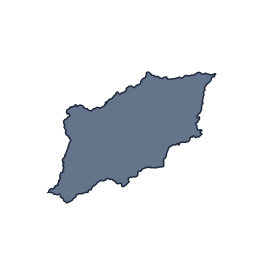 outline of Gómez Plata, Antioquia, Colombia, rotated 52°
{"feature_id": "7082276B25593969980338", "entity_name": "Gómez Plata", "entity_type": "district", "adm_level": 2, "iso_a3": "COL", "parent_name": "Colombia", "parent_adm1": "Antioquia", "projection": "equal_earth", "projection_center": [-75.193, 6.711], "detail": "fine", "context": "isolated", "style": "filled", "palette": "slate", "viewbox_px": 256, "rotation_deg": 52, "n_neighbors": 0, "source": "geoboundaries", "source_scale": "gbopen_adm2", "svg_char_len": 5845}
<svg xmlns="http://www.w3.org/2000/svg" viewBox="0 0 256 256"><g transform="rotate(52 128 128)"><path d="M178.5,76.1L178.3,73.8L178.1,73.4L176.3,73.9L175.9,73.8L175.4,73.2L175.4,72.6L175.6,71.6L175.2,71.2L174.5,71.5L174.0,72.0L173.2,73.6L172.8,73.9L172.3,74.1L171.6,74.0L169.7,73.2L168.3,72.2L166.7,72.3L166.1,71.7L165.9,71.3L165.9,70.8L166.2,69.9L166.2,69.3L165.2,67.9L165.3,66.7L165.0,66.2L163.2,64.9L162.9,65.1L163.3,65.8L163.3,66.1L163.1,66.4L161.9,67.1L161.1,66.6L160.8,66.0L160.4,62.2L159.2,59.3L157.3,57.4L156.1,56.7L155.2,55.4L155.0,54.2L154.7,53.7L154.2,53.6L153.7,53.8L153.3,53.0L152.0,52.3L151.1,50.9L149.8,49.8L148.7,47.8L146.4,46.6L146.1,46.2L145.9,45.2L145.4,44.0L144.4,43.6L143.1,42.2L142.2,39.2L141.8,34.4L141.3,33.0L140.0,31.7L140.0,29.6L140.5,29.1L140.6,28.4L140.0,27.4L139.5,25.8L139.3,25.7L138.7,26.2L138.4,27.2L137.9,28.1L137.5,29.6L134.0,32.5L133.2,32.6L132.6,33.1L132.3,34.5L131.6,36.1L130.3,37.0L129.3,36.8L128.1,37.7L127.4,38.4L127.2,39.3L126.8,43.8L125.5,45.1L125.4,46.2L124.3,48.1L122.2,49.9L122.0,50.5L121.9,52.8L122.1,53.5L122.0,54.6L121.5,55.3L120.6,55.6L120.2,56.1L119.6,56.2L118.9,58.4L118.5,59.0L118.2,60.0L117.8,60.8L117.7,61.6L116.5,62.5L116.3,63.0L116.3,64.0L114.9,65.3L114.5,66.4L112.3,66.6L111.6,66.2L111.2,66.7L111.1,67.2L110.3,68.2L110.1,68.7L110.2,69.8L109.7,71.1L108.9,71.4L108.2,72.2L107.0,72.2L105.8,72.7L105.2,73.4L104.9,74.3L104.5,74.9L102.5,75.2L101.0,76.9L99.2,76.7L98.5,76.8L96.7,77.5L96.1,78.1L95.7,79.0L95.8,79.6L97.2,80.4L98.1,82.1L98.7,82.7L98.8,83.7L98.3,86.0L98.3,86.8L99.2,89.3L100.5,90.7L100.9,91.5L99.6,94.8L99.9,97.6L99.9,98.4L99.5,98.9L97.5,99.1L97.0,99.5L95.8,101.3L95.7,104.8L95.9,105.2L96.6,105.4L96.9,105.7L97.2,106.3L97.3,107.0L97.2,109.4L96.3,111.9L96.7,113.3L96.5,113.7L95.8,114.1L93.3,114.0L93.0,114.3L93.0,114.6L93.2,116.2L94.1,117.4L94.0,119.3L94.8,121.9L94.7,123.1L93.9,125.0L93.9,125.9L94.6,127.0L94.0,128.8L94.0,130.0L94.1,130.3L94.3,130.4L94.8,129.2L95.1,129.2L95.3,129.6L95.4,130.7L95.2,131.7L95.8,132.4L95.9,132.8L95.7,135.5L95.0,137.3L94.8,138.0L93.7,138.6L92.5,140.1L92.4,141.0L92.6,141.4L92.5,141.9L91.7,143.3L91.7,144.7L91.9,145.9L91.8,146.7L89.6,148.1L87.5,148.3L85.8,150.3L85.3,150.3L84.7,149.9L83.6,149.9L82.1,150.4L80.8,151.2L80.2,152.2L79.7,153.4L79.9,154.4L79.8,154.7L79.2,154.8L78.7,155.4L78.4,155.4L78.1,154.7L77.3,155.3L77.3,155.7L77.7,156.3L77.6,157.7L76.7,158.8L76.7,159.9L76.0,160.4L76.0,161.5L76.2,161.8L76.6,161.7L76.7,162.3L76.4,163.5L76.5,164.4L76.3,165.3L77.6,166.7L78.1,166.8L78.9,167.3L79.5,166.5L79.8,166.8L80.2,166.0L80.6,165.8L81.2,165.9L81.6,166.3L82.3,166.2L82.6,166.4L82.8,166.8L82.5,168.2L82.5,168.9L83.0,171.8L82.9,172.1L82.5,172.5L82.8,174.1L83.2,174.9L84.4,175.3L85.4,176.0L85.7,176.1L86.2,175.9L87.0,176.3L87.6,177.1L87.9,177.9L89.6,178.0L90.7,178.4L91.9,178.5L92.5,179.1L92.8,179.9L93.4,179.9L93.7,180.3L94.7,180.8L96.6,180.6L97.7,179.9L99.2,180.4L100.1,180.1L101.2,180.6L102.4,180.6L102.6,180.8L103.9,183.8L104.9,184.9L105.4,186.0L106.6,187.4L108.1,189.9L108.6,191.0L109.9,192.4L110.2,193.1L110.3,194.2L110.5,194.4L110.8,194.2L111.0,194.6L111.6,194.6L111.5,195.6L112.0,196.0L112.0,196.7L112.3,197.3L112.1,198.4L112.3,198.7L113.4,199.9L114.0,199.9L114.4,199.8L114.9,200.3L115.2,199.8L115.6,200.1L116.0,200.9L116.7,201.2L117.4,202.5L117.7,202.5L118.0,202.2L119.1,203.0L119.9,203.0L120.1,203.4L120.3,204.3L120.5,204.6L121.8,205.5L122.6,205.7L122.3,206.2L122.6,207.2L122.0,208.0L122.1,208.6L122.6,208.9L122.5,209.6L123.8,211.2L124.8,211.8L125.2,211.6L125.9,212.1L125.8,212.7L126.7,213.7L126.8,214.7L126.9,215.2L127.1,215.3L127.4,215.1L127.6,215.9L128.0,216.2L128.3,216.8L128.6,217.0L128.8,217.7L129.6,218.1L129.7,219.2L129.6,219.5L129.1,219.6L128.9,221.7L129.0,222.1L129.4,222.4L129.9,222.4L129.8,223.7L130.1,224.2L129.3,225.4L128.8,225.5L128.4,225.9L128.5,227.9L128.8,229.1L129.7,229.9L129.7,230.3L130.1,229.7L131.0,229.0L131.6,228.0L132.5,227.4L134.2,227.3L134.6,227.1L135.2,226.1L136.9,225.2L137.4,224.3L137.7,223.2L138.1,222.6L138.4,222.4L139.8,222.8L140.4,223.7L140.7,223.8L142.1,223.2L142.7,223.1L143.0,222.7L143.3,222.6L144.3,222.6L145.2,223.3L146.1,223.4L147.4,222.7L148.8,222.7L149.5,222.1L149.8,220.3L150.3,218.8L150.6,216.6L150.1,214.9L150.1,212.3L150.0,211.4L149.7,210.9L149.0,210.5L148.9,209.5L149.6,207.9L149.9,206.4L151.6,204.9L151.8,203.1L152.9,200.7L153.6,200.0L153.9,199.0L153.8,198.5L153.1,198.0L152.9,196.8L153.0,196.2L153.9,195.5L154.0,195.0L153.8,194.6L152.9,193.5L152.7,193.1L152.5,190.6L152.7,189.4L152.6,187.8L152.2,185.3L152.4,181.6L153.6,181.0L154.8,179.4L155.2,177.9L154.9,176.1L155.1,175.1L155.9,174.8L157.4,173.8L157.8,173.3L158.5,172.1L160.5,172.0L161.2,171.3L161.9,170.9L163.9,171.2L165.4,170.5L165.8,170.2L166.6,168.3L167.4,167.6L168.4,167.7L169.3,168.4L170.1,168.6L171.0,168.3L171.3,167.7L171.5,166.9L171.6,164.2L171.3,163.0L171.2,160.7L171.1,160.3L170.2,160.1L168.4,159.3L167.9,158.3L168.2,156.5L169.1,155.3L169.9,153.2L170.6,152.9L171.1,152.3L171.4,150.5L171.4,149.9L171.2,149.4L170.5,148.9L170.1,148.2L169.0,147.6L168.6,146.7L168.7,145.8L169.7,145.0L169.9,144.3L169.6,143.1L169.0,142.2L169.0,141.9L169.7,140.7L170.0,138.6L170.7,137.7L171.1,136.7L171.7,136.0L172.0,134.7L172.6,135.0L173.0,134.9L173.9,133.6L174.7,132.8L175.4,131.8L176.6,130.5L178.4,126.7L179.8,124.8L180.0,123.8L179.7,122.9L178.9,122.7L177.9,121.5L176.3,120.6L175.1,119.6L174.6,118.5L174.5,116.5L172.8,114.2L171.4,112.8L169.0,108.5L168.4,107.0L168.3,106.5L168.8,105.4L168.9,103.6L169.3,102.3L169.6,101.8L170.4,101.3L170.7,100.8L170.7,100.1L170.5,99.0L170.6,98.4L171.1,98.0L172.1,98.8L172.6,98.4L172.5,97.5L171.6,96.2L171.6,95.7L171.9,95.4L172.2,94.4L173.1,93.6L173.9,92.3L174.7,91.5L174.9,90.6L175.8,89.0L175.6,87.5L175.4,86.8L174.2,85.3L173.8,84.5L174.1,83.5L174.8,83.0L174.4,81.9L174.8,81.0L175.2,80.8L176.2,81.0L177.2,80.5L177.5,80.1L177.9,78.4L178.8,77.4L178.5,76.1Z" fill="#64748b" stroke="#1e293b" stroke-width="1.5"/></g></svg>